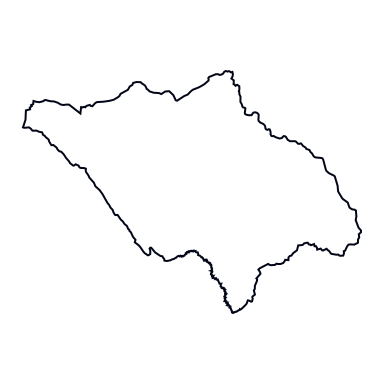 the district of Bo Thong, Chon Buri, Thailand
{"feature_id": "78962969B86980308454796", "entity_name": "Bo Thong", "entity_type": "district", "adm_level": 2, "iso_a3": "THA", "parent_name": "Thailand", "parent_adm1": "Chon Buri", "projection": "mercator", "projection_center": [101.509, 13.23], "detail": "fine", "context": "isolated", "style": "outline", "palette": "ink", "viewbox_px": 384, "rotation_deg": 0, "n_neighbors": 0, "source": "geoboundaries", "source_scale": "gbopen_adm2", "svg_char_len": 5983}
<svg xmlns="http://www.w3.org/2000/svg" viewBox="0 0 384 384"><path d="M61.2,151.7L63.7,154.3L66.2,158.1L69.0,161.3L70.2,163.3L73.2,165.6L74.1,165.5L75.7,164.3L78.6,165.6L79.1,166.8L80.3,167.9L84.4,168.1L85.9,168.7L85.7,170.6L86.0,171.9L88.4,175.4L89.5,177.8L93.9,182.7L95.4,186.3L99.6,190.1L102.6,194.3L107.5,203.0L109.0,204.7L110.5,207.6L112.6,209.8L113.6,212.6L114.9,214.7L115.6,215.1L117.4,214.9L117.7,215.1L120.8,219.6L122.8,221.4L124.6,224.1L126.9,225.9L128.1,228.8L129.2,229.7L129.4,230.8L130.9,232.3L133.1,237.0L135.5,239.8L134.8,242.3L138.3,245.0L140.0,246.7L143.5,251.8L144.7,253.1L147.8,255.3L148.7,255.1L150.2,254.1L150.3,251.0L149.6,248.6L150.1,247.8L151.2,247.7L155.2,252.5L160.5,256.0L162.5,256.3L162.9,257.4L164.1,258.8L164.4,260.6L167.0,261.0L170.4,260.3L172.2,259.3L173.9,259.0L175.5,257.8L176.0,257.8L177.4,256.4L178.7,255.9L179.6,256.3L180.1,255.9L180.3,256.4L181.3,256.1L181.6,256.4L181.7,256.0L182.7,256.2L183.0,255.9L183.5,256.2L184.5,255.5L184.8,254.7L186.0,254.2L185.9,253.3L186.6,253.4L186.8,252.1L188.0,251.7L187.9,252.3L188.9,252.4L189.2,251.2L190.0,251.4L190.2,251.0L191.4,250.8L191.4,251.1L191.9,251.2L192.8,251.0L192.7,251.3L193.1,251.5L193.7,250.6L194.1,250.6L194.3,251.1L195.6,251.0L195.6,251.7L196.2,252.3L197.7,252.3L198.2,253.9L198.1,255.1L200.1,255.8L201.4,257.3L202.3,257.3L202.8,257.9L202.7,258.3L203.6,259.3L203.7,259.9L204.3,259.9L204.3,260.6L206.4,259.7L206.5,260.3L206.1,260.1L206.2,260.7L206.7,260.5L206.8,261.3L207.3,261.0L207.6,262.0L208.1,262.5L209.0,262.5L209.0,263.0L209.7,262.8L210.2,263.1L210.1,264.5L211.2,264.7L211.4,265.1L211.1,266.0L211.4,266.4L211.3,267.6L211.9,268.0L211.7,269.0L212.0,269.2L211.8,269.5L212.0,270.4L211.2,270.7L211.6,270.8L211.5,271.1L211.8,271.4L211.4,271.5L211.5,271.9L212.0,272.0L212.1,272.4L211.0,273.4L210.9,274.3L211.9,274.8L211.9,276.0L213.4,275.8L212.6,277.0L213.2,277.3L213.0,277.8L213.4,277.7L214.0,278.3L215.9,278.2L215.8,278.7L215.4,278.6L215.3,279.1L216.0,279.0L217.3,280.0L217.8,279.6L219.5,283.7L221.2,283.7L220.7,284.6L220.8,286.0L221.1,286.3L220.8,286.6L221.4,287.1L221.6,287.9L222.1,287.9L222.3,288.2L223.0,287.8L223.4,288.2L223.9,288.0L224.5,288.5L224.1,289.4L225.2,289.9L224.4,290.7L224.4,291.3L225.8,292.3L225.7,293.1L225.1,293.4L225.1,294.0L226.2,294.1L225.6,294.8L225.1,294.5L225.2,295.9L224.4,296.4L225.0,297.2L225.6,297.6L224.6,298.2L225.2,299.2L224.6,300.8L225.0,300.7L225.2,301.2L225.7,301.0L225.8,301.6L226.5,301.5L226.9,302.2L226.6,302.7L227.0,302.7L226.7,303.0L227.8,303.6L227.2,304.7L227.8,304.6L227.9,305.1L228.4,304.7L228.1,305.2L229.0,305.2L229.1,305.9L230.3,306.4L229.5,307.6L230.9,308.3L230.9,309.3L231.4,309.9L231.4,310.6L232.1,311.2L232.0,312.4L232.4,312.8L233.5,312.9L234.1,312.1L235.7,312.0L236.1,311.5L237.4,311.3L238.5,310.3L239.5,310.0L239.9,309.1L240.5,309.5L241.4,309.0L245.9,304.6L246.7,303.5L247.8,300.4L249.2,300.6L251.2,301.7L252.1,301.3L252.7,298.7L252.3,297.2L252.4,296.6L254.9,294.6L253.9,290.4L254.8,288.9L254.9,285.7L256.9,281.1L257.1,279.1L256.4,278.4L260.4,273.9L260.2,272.4L258.4,269.5L259.9,268.2L268.2,263.9L269.4,264.8L271.0,265.2L275.0,264.9L276.4,263.7L278.2,264.0L280.5,264.0L283.2,263.0L284.5,261.4L285.2,259.8L288.4,260.1L288.5,257.5L288.8,257.0L289.7,256.1L291.4,255.6L293.2,253.1L297.0,250.3L298.2,245.4L301.8,245.1L303.0,244.7L304.1,243.4L306.9,242.7L307.9,242.8L308.7,244.3L310.3,244.6L310.9,245.2L314.1,244.1L314.5,246.2L316.0,246.2L317.0,247.9L317.2,249.6L320.7,248.6L322.2,250.4L323.0,250.5L326.6,248.8L327.5,249.9L329.1,251.0L330.9,253.5L331.6,253.9L336.3,254.7L338.4,254.6L339.3,255.5L340.2,255.8L343.2,255.6L344.0,253.4L343.8,251.2L345.1,250.7L347.1,246.4L348.4,244.7L350.1,244.4L354.3,244.6L357.9,242.8L358.1,239.2L359.2,237.7L358.8,234.2L360.9,232.4L361.0,230.5L358.5,227.6L355.7,220.1L356.4,216.4L355.9,210.5L354.6,209.7L352.1,209.3L350.0,208.0L349.3,207.1L347.7,202.5L343.0,199.1L342.0,198.0L338.1,191.4L337.6,185.8L334.8,176.4L333.9,175.6L329.0,173.2L326.6,171.1L325.9,169.9L323.2,159.7L322.5,158.4L321.6,158.0L315.4,157.4L314.4,156.9L313.7,156.3L312.0,153.4L310.3,151.8L309.5,150.0L306.3,148.9L305.6,147.6L303.0,145.9L301.2,143.6L300.5,143.4L299.3,143.9L298.0,143.7L296.0,141.6L295.0,141.2L290.0,141.2L287.7,139.8L285.8,136.7L285.1,136.3L283.6,136.1L281.7,138.1L279.4,138.5L275.1,137.0L273.8,136.0L272.2,136.2L271.4,135.9L270.6,134.5L270.6,132.1L269.8,129.5L268.8,129.2L267.5,129.9L266.0,129.3L265.5,128.5L265.1,126.1L264.4,125.0L263.2,123.9L260.2,122.5L258.6,120.9L258.4,119.7L258.7,115.0L258.3,114.0L257.1,112.9L255.3,112.3L253.8,112.5L252.7,113.3L252.0,114.7L251.3,115.2L248.4,115.2L246.1,114.6L245.1,114.0L244.8,112.9L245.4,108.3L244.7,107.7L243.2,107.5L242.4,106.6L241.8,104.3L240.4,101.8L240.5,96.7L239.3,94.0L239.3,92.0L238.8,91.2L239.4,89.5L239.3,86.2L237.2,84.8L235.5,85.8L234.8,84.7L233.6,84.3L233.8,80.4L231.4,78.6L232.5,76.6L232.8,75.0L232.9,74.0L232.4,71.9L231.0,72.4L229.3,71.2L228.5,71.2L227.5,71.6L226.7,71.2L225.4,71.1L224.0,72.1L223.1,73.6L221.2,74.7L219.6,74.9L217.9,74.2L215.9,74.2L209.1,77.0L208.3,78.1L208.7,79.6L208.5,80.6L204.1,84.4L199.2,87.2L192.7,89.8L190.6,91.5L187.8,94.5L184.1,96.1L177.1,100.7L175.7,100.2L173.4,95.2L169.2,91.2L165.2,91.5L161.2,94.1L159.2,93.1L153.6,92.7L149.6,91.4L147.7,89.5L146.8,89.1L145.6,86.4L144.7,85.3L141.5,83.1L140.7,82.2L136.6,82.0L133.2,82.9L132.3,85.0L129.8,86.4L127.9,89.8L120.6,93.8L119.4,96.0L118.0,97.2L113.8,99.7L109.6,100.8L103.5,101.7L96.9,102.1L95.2,103.1L92.4,106.2L90.8,105.9L89.8,104.9L86.5,105.9L85.2,107.3L84.2,106.8L82.5,107.5L82.1,107.2L81.1,107.1L80.4,113.5L69.0,104.6L66.0,104.6L63.8,105.0L60.9,104.6L57.7,102.7L53.9,101.4L50.7,101.3L45.4,100.0L44.5,100.2L43.3,101.2L39.4,102.2L36.3,101.8L33.5,101.0L33.2,104.1L31.1,105.1L31.8,106.1L29.8,107.6L30.1,109.3L25.9,110.4L25.5,119.8L23.0,127.4L24.2,127.8L29.0,127.4L30.7,128.6L32.5,130.7L36.5,130.6L39.2,131.8L42.0,132.3L42.5,133.1L42.9,134.7L44.8,135.9L45.8,137.2L48.6,139.5L49.3,141.8L51.4,145.2L53.3,145.0L56.5,147.5L57.8,149.8L59.4,151.3L61.2,151.7Z" fill="none" stroke="#020617" stroke-width="2"/></svg>